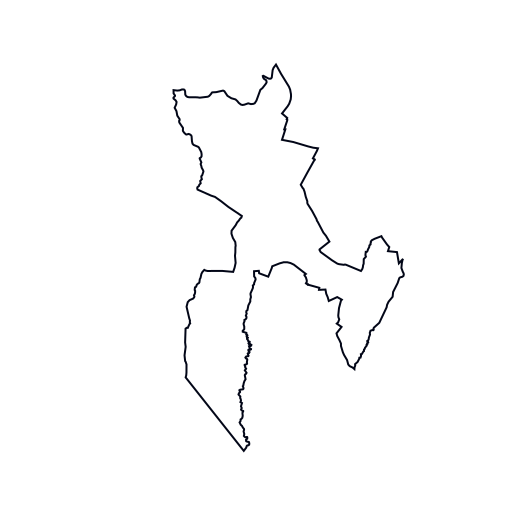 Papalotla de Xicohténcatl, Tlaxcala, Mexico, rotated 114°
{"feature_id": "50627088B24838191434080", "entity_name": "Papalotla de Xicohténcatl", "entity_type": "district", "adm_level": 2, "iso_a3": "MEX", "parent_name": "Mexico", "parent_adm1": "Tlaxcala", "projection": "robinson", "projection_center": [-98.192, 19.172], "detail": "fine", "context": "isolated", "style": "outline", "palette": "ink", "viewbox_px": 512, "rotation_deg": 114, "n_neighbors": 0, "source": "geoboundaries", "source_scale": "gbopen_adm2", "svg_char_len": 6143}
<svg xmlns="http://www.w3.org/2000/svg" viewBox="0 0 512 512"><g transform="rotate(114 256 256)"><path d="M138.0,398.8L141.0,397.4L142.3,395.3L142.9,395.1L144.9,395.8L145.3,395.7L145.8,395.2L146.5,392.7L147.6,391.2L150.0,390.6L153.7,390.6L156.0,387.6L159.8,385.0L162.1,381.4L163.2,381.0L163.9,381.2L165.3,380.3L168.7,374.8L171.4,373.7L172.5,372.0L173.4,369.6L173.3,368.9L171.9,367.2L171.8,365.8L172.2,364.2L172.9,363.5L177.2,361.2L179.2,359.7L179.9,358.2L179.8,353.4L180.1,352.3L183.3,348.3L185.1,347.1L187.0,346.3L188.3,346.4L189.5,347.2L189.9,347.1L192.7,344.0L194.5,344.0L196.2,342.4L197.4,341.6L199.3,339.1L200.2,338.4L204.1,338.0L205.4,338.4L207.0,337.5L207.8,336.7L210.2,337.5L212.1,336.1L214.0,336.8L215.2,336.6L217.0,337.5L218.0,337.3L219.1,336.4L219.1,321.5L218.7,317.5L220.2,310.0L222.4,301.2L225.2,285.2L226.9,285.0L228.3,285.7L230.6,286.1L233.0,286.9L236.1,287.1L242.8,288.6L245.6,287.5L248.9,284.5L251.7,280.6L255.0,278.7L256.1,278.5L261.2,276.3L264.3,275.3L270.6,271.8L275.4,270.8L279.8,270.4L283.3,280.6L289.4,294.2L289.8,296.1L289.7,297.6L292.6,298.5L294.6,298.6L298.5,297.8L300.1,297.9L303.1,297.0L303.9,297.1L305.2,298.0L306.5,298.4L308.4,298.2L309.5,299.0L312.0,298.2L312.6,297.4L314.4,296.7L315.6,296.5L317.1,296.7L318.1,295.8L318.9,295.7L320.6,296.2L323.3,298.7L325.9,299.6L330.6,298.8L340.0,291.7L341.9,290.0L343.3,289.6L344.4,288.7L345.3,289.1L349.4,289.1L349.7,290.0L351.0,290.8L363.8,285.6L367.6,283.3L375.8,280.9L380.8,278.0L381.2,277.3L383.3,275.4L390.8,272.1L393.4,271.2L395.5,270.9L439.0,187.9L435.1,187.0L433.3,187.2L432.6,186.9L432.0,185.9L431.1,185.5L429.7,186.0L428.8,186.9L429.2,188.6L429.2,189.6L428.0,190.4L426.4,189.7L425.2,190.2L425.0,190.4L425.2,191.0L425.9,191.8L425.8,192.8L425.3,193.9L423.4,194.3L421.3,196.0L419.6,196.2L418.8,196.7L418.1,198.2L416.9,199.7L416.4,201.3L414.7,203.3L413.0,203.0L411.6,203.6L410.6,203.0L409.4,202.7L407.5,203.1L404.8,204.6L403.2,204.5L402.8,204.7L402.9,206.3L402.3,207.2L400.7,207.2L399.4,208.6L396.0,209.0L395.8,210.8L394.2,210.9L393.0,211.7L392.2,212.7L390.7,213.2L389.7,215.6L388.4,215.8L386.9,215.2L386.4,215.4L385.9,216.2L385.4,216.6L384.6,216.1L383.1,213.7L382.4,213.5L381.7,213.7L380.3,215.1L379.6,214.9L377.1,215.5L375.0,215.7L372.8,215.4L369.4,217.8L368.6,217.8L367.7,217.2L366.6,217.1L365.0,219.7L363.0,219.2L362.2,220.5L361.7,220.6L360.5,221.9L360.0,222.1L358.6,220.5L357.9,220.4L356.6,221.2L354.2,221.8L353.8,222.2L353.6,223.7L353.0,224.4L351.7,224.0L350.6,222.3L350.1,222.3L348.5,223.9L348.1,223.8L347.5,222.9L346.4,222.8L345.8,224.2L345.0,224.8L344.6,224.7L344.0,223.1L343.3,222.6L343.0,222.7L342.9,224.1L341.4,225.6L340.3,224.2L339.9,224.0L339.5,224.5L339.1,224.3L338.8,225.5L339.6,225.8L339.6,226.3L338.8,227.4L338.1,227.3L337.5,226.7L336.9,226.9L336.9,228.5L336.1,229.1L335.6,230.3L334.7,230.8L334.3,230.2L333.9,230.2L333.4,231.8L332.9,232.0L332.0,231.6L331.7,231.9L331.6,233.0L330.3,233.3L330.1,233.5L330.6,237.3L329.8,237.7L327.8,237.0L327.1,237.2L325.3,238.0L323.6,239.4L322.6,239.9L320.2,240.0L319.2,240.6L317.9,239.7L316.5,239.5L315.4,240.0L314.7,241.0L312.4,241.1L311.6,241.9L310.9,242.2L310.1,242.4L308.9,241.8L304.3,242.9L299.9,242.7L297.9,243.6L295.6,243.9L293.0,245.6L292.2,245.8L286.9,245.8L285.5,246.1L284.2,246.9L282.8,246.2L281.5,246.7L277.7,246.8L276.5,247.5L275.4,249.4L270.7,251.6L268.4,247.4L270.5,246.1L269.9,236.4L260.6,236.7L258.8,237.0L253.1,231.4L250.4,228.1L249.0,224.9L248.4,221.6L248.5,217.9L252.1,203.2L253.4,204.0L253.8,204.0L255.3,201.7L257.6,199.7L259.3,199.0L260.6,199.3L260.9,198.5L260.7,197.3L261.1,197.3L261.3,196.9L260.9,195.9L259.3,185.2L261.3,184.7L258.4,178.9L261.9,176.5L264.5,173.7L267.5,171.2L260.5,165.1L261.0,159.8L262.4,160.2L269.8,159.0L276.8,156.7L278.4,155.8L280.0,154.2L283.1,154.0L284.9,154.7L286.0,149.0L293.9,151.0L296.1,149.2L298.9,145.6L301.4,142.8L303.6,141.8L308.6,137.5L310.6,135.3L314.0,130.5L317.6,127.6L318.5,125.6L318.6,122.4L319.3,120.1L317.6,120.7L315.7,120.8L314.5,121.5L311.5,120.1L307.9,119.9L306.9,120.2L306.3,119.2L304.5,119.4L303.1,120.2L302.9,119.8L302.4,119.4L299.6,119.1L299.0,118.7L297.5,119.3L296.6,118.9L295.5,119.1L292.8,118.4L292.3,118.9L290.9,118.4L290.5,119.0L289.2,118.4L288.8,118.8L288.6,119.7L288.3,119.8L287.5,119.2L286.2,119.2L284.6,119.7L281.4,119.9L279.9,120.8L277.7,121.0L276.4,119.7L276.1,118.7L275.5,118.5L274.7,119.1L273.6,119.2L266.9,116.2L249.8,115.8L247.2,116.4L243.8,116.3L237.7,114.6L233.1,116.1L223.1,115.6L218.0,116.1L216.9,115.6L215.5,113.9L214.3,113.2L212.9,113.4L211.8,114.1L210.6,115.6L207.8,118.3L203.1,119.9L200.2,120.5L198.8,120.5L204.6,122.5L195.1,128.8L197.9,137.4L193.6,137.9L192.2,141.0L187.9,148.3L186.9,149.5L192.0,154.6L194.5,156.6L196.1,157.0L196.7,156.6L197.8,156.6L198.5,156.1L199.0,156.1L200.2,156.7L201.8,156.2L204.5,156.4L205.7,156.2L206.8,156.3L207.4,156.7L207.6,157.4L210.7,156.4L211.9,155.3L215.0,156.3L219.3,154.5L220.9,154.4L222.8,153.8L224.7,153.6L227.0,154.0L227.4,170.3L227.6,171.3L228.3,172.1L229.7,176.9L229.9,178.6L229.0,184.8L226.1,198.5L224.6,200.5L224.1,200.6L213.0,194.8L209.1,200.3L207.2,204.0L199.7,213.5L198.9,214.8L197.9,215.5L192.0,223.1L187.3,230.2L186.5,230.8L185.1,231.4L181.7,234.6L177.5,237.8L175.2,240.1L174.9,241.0L172.7,244.1L158.8,243.0L145.6,241.8L144.1,241.4L143.9,241.6L143.7,243.7L135.1,243.1L132.4,243.2L133.8,247.8L134.7,253.0L136.7,268.3L139.3,279.5L128.4,280.7L128.8,281.7L119.5,282.6L118.7,282.9L118.6,283.6L117.2,283.6L115.2,290.2L106.4,288.0L103.4,287.6L98.8,288.0L96.0,288.9L93.9,289.9L90.1,292.5L87.9,294.8L79.4,307.2L73.0,315.6L76.9,316.5L79.4,316.4L86.5,314.2L87.6,314.4L88.4,315.3L88.8,316.8L88.4,322.3L88.4,322.7L88.8,323.0L89.8,322.3L90.6,321.3L91.0,320.4L91.2,318.6L91.8,317.7L92.9,317.0L94.3,317.0L100.0,318.4L102.4,319.6L113.9,318.8L117.0,319.3L118.1,320.3L119.3,322.4L119.7,325.2L122.5,328.2L123.5,329.7L123.8,331.3L123.1,334.1L122.1,336.0L121.3,338.4L121.9,342.7L121.3,347.2L118.3,352.0L118.3,353.4L122.5,359.0L124.2,362.3L124.7,362.8L125.9,362.9L128.8,363.8L130.1,364.8L134.2,371.7L135.0,374.4L138.2,381.7L138.6,383.4L138.2,385.0L137.4,386.2L134.3,387.8L133.5,388.6L133.2,389.6L133.9,391.3L135.7,393.1L136.9,395.2L138.0,398.8Z" fill="none" stroke="#020617" stroke-width="2"/></g></svg>